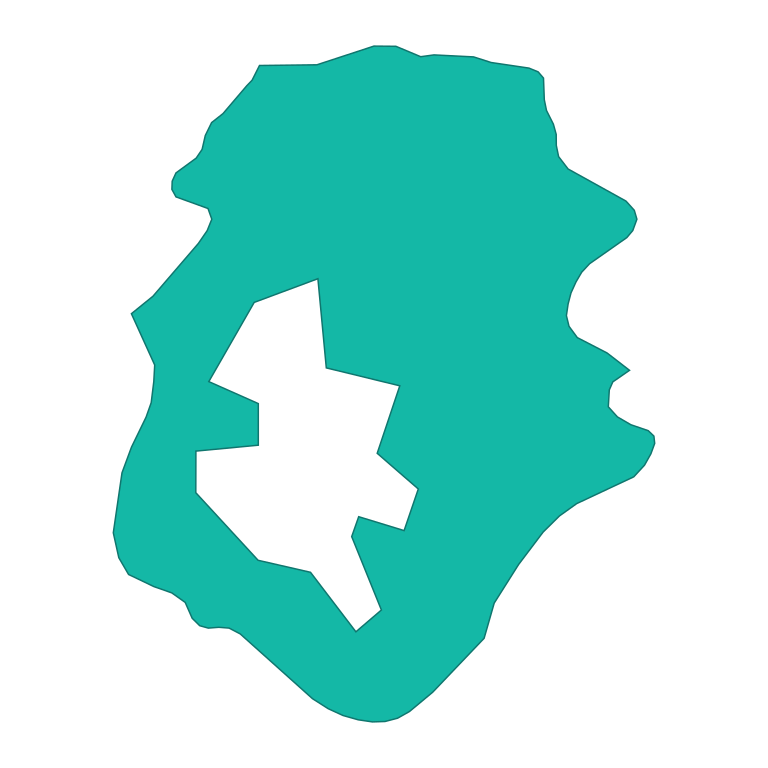 an SVG outline of Ilfov
{"feature_id": "ROU-4844", "entity_name": "Ilfov", "entity_type": "County", "adm_level": 1, "iso_a3": "ROU", "parent_name": "Romania", "parent_adm1": "", "projection": "orthographic", "projection_center": [26.174, 44.513], "detail": "fine", "context": "isolated", "style": "filled", "palette": "teal", "viewbox_px": 768, "rotation_deg": 0, "n_neighbors": 0, "source": "natural_earth", "source_scale": "10m", "svg_char_len": 1487}
<svg xmlns="http://www.w3.org/2000/svg" viewBox="0 0 768 768"><path d="M131.4,313.7L153.0,296.2L198.4,243.4L207.2,230.6L211.8,219.2L208.0,208.5L176.0,196.9L171.9,189.4L172.2,181.2L176.0,172.9L196.2,158.1L202.1,149.4L205.3,135.5L211.6,122.6L223.0,113.6L246.9,85.6L252.1,80.2L259.5,65.5L316.9,64.8L373.9,46.1L395.9,46.3L420.7,56.7L434.0,54.9L473.6,56.9L491.1,62.5L529.0,68.1L538.2,71.9L543.5,78.1L544.3,99.7L546.5,110.5L553.4,124.2L556.2,134.4L556.3,145.4L558.6,156.6L568.1,169.0L626.0,201.1L634.3,210.3L636.9,219.2L632.8,230.5L626.8,237.6L589.6,263.7L581.7,272.2L576.0,281.9L571.0,292.9L568.1,304.0L566.4,315.6L569.0,326.3L577.3,337.6L607.1,353.0L629.5,370.3L612.8,381.9L609.3,389.9L608.3,406.8L617.4,416.9L630.8,424.7L648.3,430.7L653.9,436.1L654.7,443.4L650.9,453.8L644.5,465.2L633.8,476.8L576.7,503.6L559.5,515.9L543.1,532.1L518.6,564.5L494.2,603.1L484.1,638.3L432.8,692.1L409.5,711.5L397.6,718.2L385.0,721.5L372.4,721.9L358.2,719.8L343.0,715.5L328.2,708.7L312.5,698.7L240.2,633.9L229.1,628.1L218.8,627.3L208.3,628.1L199.7,625.7L192.2,618.3L185.2,602.4L171.8,592.9L153.9,586.6L128.6,574.5L118.8,557.7L113.3,532.8L122.0,472.8L131.5,447.1L146.1,417.1L151.2,402.7L153.8,381.5L154.7,365.0L131.4,313.7ZM404.1,530.6L418.3,489.0L377.2,453.3L399.8,385.8L326.3,367.9L317.9,278.7L254.2,302.4L208.8,381.6L258.3,403.6L258.3,445.2L195.9,451.1L195.8,492.7L258.1,560.3L310.5,572.3L355.9,631.8L381.4,610.0L351.7,536.6L358.7,516.7L404.1,530.6Z" fill="#14b8a6" stroke="#0f766e" stroke-width="1.5"/></svg>